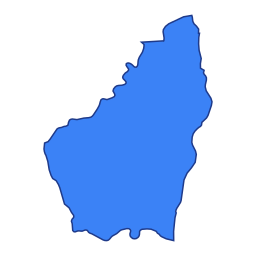 the Metropolitan department of Ardèche
{"feature_id": "FRA-5267", "entity_name": "Ardèche", "entity_type": "Metropolitan department", "adm_level": 1, "iso_a3": "FRA", "parent_name": "France", "parent_adm1": "", "projection": "natural_earth1", "projection_center": [4.405, 44.824], "detail": "fine", "context": "isolated", "style": "filled", "palette": "blue", "viewbox_px": 256, "rotation_deg": 0, "n_neighbors": 0, "source": "natural_earth", "source_scale": "10m", "svg_char_len": 2613}
<svg xmlns="http://www.w3.org/2000/svg" viewBox="0 0 256 256"><path d="M198.6,29.8L198.5,33.3L199.5,33.3L198.8,37.3L198.6,43.8L199.1,50.3L201.2,58.5L200.4,63.7L200.5,68.2L204.1,70.3L203.5,72.9L204.3,74.5L205.5,75.8L206.4,77.7L206.4,80.1L205.4,84.4L205.2,86.8L206.2,90.8L210.9,98.2L212.0,101.8L211.4,105.4L208.1,115.2L207.0,117.2L206.4,118.1L202.7,121.6L201.9,122.3L201.5,125.1L200.5,126.4L199.1,127.2L197.4,128.6L194.9,131.2L193.2,133.8L192.2,137.1L191.8,142.3L192.5,145.0L195.5,151.0L196.3,154.4L195.2,162.3L191.4,167.9L187.1,173.1L184.0,179.9L181.1,200.5L180.5,202.4L176.8,208.3L176.0,210.1L175.7,211.7L176.2,212.9L175.0,217.7L173.6,231.3L173.7,240.6L166.2,238.8L161.7,236.7L160.8,236.1L160.2,235.6L159.4,234.5L158.8,234.0L157.5,233.2L157.1,232.7L156.8,232.1L156.0,231.2L151.1,229.2L147.0,228.9L142.0,229.3L140.4,230.2L139.6,231.4L139.5,234.1L139.2,235.4L138.7,236.6L137.6,237.7L136.1,238.6L134.2,238.8L132.5,238.4L130.5,236.6L130.0,235.1L130.0,233.6L130.4,232.3L130.7,230.9L130.3,229.7L129.0,228.7L126.8,228.6L121.7,229.8L120.4,230.4L116.7,233.6L112.4,236.0L111.3,237.0L109.4,239.3L108.2,240.2L106.8,240.6L104.9,240.5L103.1,239.9L91.8,233.8L90.0,233.2L88.6,232.3L87.7,230.9L86.9,230.2L85.2,230.0L82.3,231.1L80.9,231.1L79.4,230.9L77.9,230.9L75.0,231.9L73.7,231.6L72.7,230.4L72.2,223.7L71.4,221.1L72.1,219.2L73.1,218.1L73.8,217.0L73.6,215.3L71.5,212.4L69.1,207.8L64.5,204.0L59.8,187.8L58.5,184.6L56.2,180.7L52.7,178.5L51.1,175.5L49.2,169.8L47.8,161.3L45.9,155.2L45.5,154.6L45.1,153.8L44.4,151.6L44.0,149.0L44.6,143.0L48.2,141.6L48.8,140.7L49.8,139.6L57.0,129.0L58.4,128.1L59.9,127.7L61.3,127.5L64.2,126.4L65.5,126.3L66.4,126.0L67.8,125.3L68.2,124.0L68.5,122.4L69.5,120.1L70.8,119.3L72.3,119.0L77.0,119.6L83.8,118.1L88.6,117.7L90.8,117.2L92.3,116.2L93.4,114.9L97.3,109.0L98.9,106.1L99.5,104.7L100.3,101.7L101.0,99.8L102.3,98.9L103.6,98.8L107.0,99.6L112.1,97.8L114.3,96.6L114.9,95.4L114.6,93.9L113.4,91.7L113.2,91.3L113.0,91.0L113.2,90.3L113.6,88.9L115.2,86.9L116.7,85.9L118.3,85.5L122.1,85.2L124.7,84.4L125.9,83.4L126.1,82.1L125.3,80.9L123.1,78.6L122.7,77.1L123.3,75.4L125.3,73.0L127.4,71.6L128.5,70.2L128.6,69.1L126.8,66.5L126.1,65.2L126.3,63.7L127.3,63.1L128.6,63.0L130.0,63.4L131.3,64.1L132.4,65.0L133.5,66.1L134.5,67.0L136.2,67.2L137.1,66.4L137.7,65.2L137.9,63.9L138.1,61.3L138.3,59.9L138.8,58.6L139.3,57.3L142.4,52.2L143.3,49.6L143.7,48.3L144.0,46.0L144.0,44.4L141.5,42.2L162.8,40.9L163.6,41.0L163.9,40.4L164.1,38.0L163.1,31.8L163.4,29.6L165.5,26.4L168.9,23.7L183.6,16.8L191.8,15.4L192.3,17.2L192.8,21.3L194.0,23.8L196.5,26.2L198.6,29.1L198.6,29.8Z" fill="#3b82f6" stroke="#1e3a8a" stroke-width="1.5"/></svg>